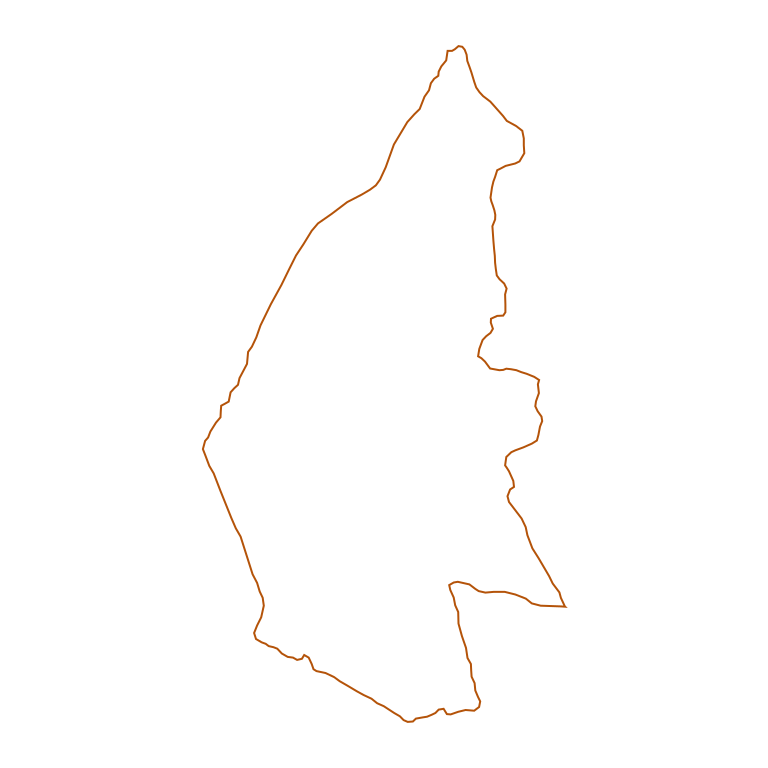 outline of Pajala, Norrbotten, Sweden
{"feature_id": "70781695B61999332123961", "entity_name": "Pajala", "entity_type": "district", "adm_level": 2, "iso_a3": "SWE", "parent_name": "Sweden", "parent_adm1": "Norrbotten", "projection": "mercator", "projection_center": [23.06, 67.406], "detail": "fine", "context": "isolated", "style": "outline", "palette": "amber", "viewbox_px": 768, "rotation_deg": 0, "n_neighbors": 0, "source": "geoboundaries", "source_scale": "gbopen_adm2", "svg_char_len": 3045}
<svg xmlns="http://www.w3.org/2000/svg" viewBox="0 0 768 768"><path d="M221.2,405.7L220.8,411.0L220.5,417.3L216.0,422.6L210.4,431.5L208.1,437.5L205.1,440.9L202.9,449.1L205.5,455.8L209.3,465.9L213.7,473.4L220.5,491.0L225.0,502.2L231.3,517.9L235.8,528.3L240.6,536.6L252.6,574.3L257.1,582.9L259.7,591.5L262.7,597.8L263.8,605.7L261.2,617.3L257.1,625.5L254.1,633.0L256.0,639.0L261.6,642.3L262.9,642.8L265.7,643.8L268.7,646.1L273.5,647.2L277.3,648.7L281.8,653.5L287.7,656.9L293.0,657.6L297.1,659.9L301.9,658.8L304.2,655.0L308.7,657.6L311.7,664.0L313.5,669.2L316.5,671.1L325.5,673.0L334.1,677.1L339.7,681.2L347.5,685.7L356.9,691.3L363.6,695.0L371.5,698.7L377.1,703.2L383.8,706.2L389.0,709.6L394.2,713.0L399.9,716.3L403.6,720.1L407.7,721.9L412.9,721.5L415.7,718.8L415.9,718.6L422.7,717.4L427.1,716.7L431.6,714.8L435.4,713.0L438.7,709.6L443.6,708.8L446.9,714.1L450.7,714.4L458.2,711.8L465.6,710.0L474.2,710.7L479.1,707.0L480.2,701.4L478.0,696.9L475.3,690.5L474.6,683.1L471.6,676.7L471.2,670.7L470.9,664.0L467.5,658.0L466.0,647.9L461.9,636.0L458.5,623.6L458.2,612.0L455.2,605.3L453.7,597.5L450.3,590.0L449.2,585.1L453.7,582.5L457.8,581.8L469.4,584.4L475.3,588.9L478.7,591.1L485.4,592.6L493.3,591.9L504.9,591.9L515.3,594.5L525.8,598.6L531.8,603.4L540.7,605.7L560.9,606.4L565.1,606.7L564.9,606.5L560.9,597.9L559.4,592.4L552.7,583.5L549.1,576.1L538.6,558.2L532.4,548.4L527.4,535.2L525.7,527.1L521.6,518.5L509.0,502.0L507.5,496.2L510.1,489.5L514.0,486.9L513.3,480.9L509.0,471.3L506.8,467.8L505.1,465.4L506.3,457.0L511.3,452.2L515.4,450.3L523.3,447.4L531.9,443.6L536.9,440.5L538.4,435.0L540.0,426.6L542.2,421.1L541.5,416.6L537.7,411.3L535.3,406.3L536.0,401.3L538.9,393.1L537.9,384.3L539.1,380.0L534.3,376.9L526.7,373.8L521.2,372.1L516.4,370.2L510.9,369.2L506.3,368.7L503.2,369.9L499.4,370.2L490.1,368.5L485.0,361.6L481.4,358.2L478.1,356.3L479.3,348.9L482.6,340.0L486.2,336.2L490.5,332.9L492.9,328.8L490.8,322.6L491.0,318.7L497.2,315.9L503.2,315.6L505.4,312.3L505.4,304.6L505.1,294.4L506.6,288.6L504.2,283.6L499.6,279.3L496.8,275.5L495.8,268.8L495.1,262.8L494.8,255.8L494.1,249.1L493.4,240.8L492.4,226.2L495.1,219.5L495.3,214.9L494.4,210.4L492.7,205.1L491.3,201.3L490.5,197.7L492.0,187.4L493.4,181.5L495.1,176.9L497.2,170.2L500.1,168.8L505.6,165.9L509.2,165.0L515.2,163.5L519.5,161.4L524.3,153.2L523.8,145.3L523.8,138.4L522.3,130.8L516.1,126.0L506.8,120.9L503.0,115.9L497.5,109.7L490.3,101.6L483.1,96.1L479.5,92.2L476.2,87.5L474.3,82.0L471.4,72.4L469.5,66.9L467.3,60.9L466.6,54.7L464.7,49.7L462.3,46.8L458.5,46.1L454.9,49.2L452.0,50.9L447.6,50.9L446.2,60.4L441.3,66.4L438.7,71.6L438.3,75.8L434.2,78.7L430.9,83.2L429.0,90.3L424.5,96.7L419.7,109.0L414.4,114.2L407.3,122.1L393.9,144.5L385.7,167.3L380.0,179.6L375.9,185.3L370.0,189.7L361.7,194.6L347.2,202.1L331.5,214.0L318.0,223.4L311.7,230.8L303.4,244.3L296.0,255.5L288.9,269.7L281.4,285.0L270.9,304.1L260.5,325.4L256.3,337.4L251.9,346.7L248.1,351.9L247.0,363.9L242.1,373.2L239.5,378.1L238.0,384.8L234.3,388.2L230.6,392.3L228.7,401.6L224.6,403.9L221.2,405.7Z" fill="none" stroke="#b45309" stroke-width="2"/></svg>